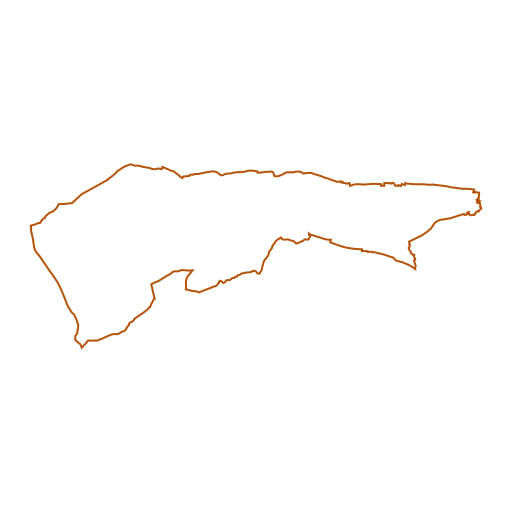 Madaras, Harghita, Romania
{"feature_id": "2599482B49810777823096", "entity_name": "Madaras", "entity_type": "district", "adm_level": 2, "iso_a3": "ROU", "parent_name": "Romania", "parent_adm1": "Harghita", "projection": "mercator", "projection_center": [25.698, 46.477], "detail": "fine", "context": "isolated", "style": "outline", "palette": "amber", "viewbox_px": 512, "rotation_deg": 0, "n_neighbors": 0, "source": "geoboundaries", "source_scale": "gbopen_adm2", "svg_char_len": 6029}
<svg xmlns="http://www.w3.org/2000/svg" viewBox="0 0 512 512"><path d="M81.7,347.7L85.7,343.5L88.2,340.4L90.7,340.8L93.3,340.5L97.9,340.5L99.3,339.5L100.6,339.3L111.4,334.5L113.9,334.1L115.6,334.0L116.8,334.2L118.0,334.0L120.3,332.8L121.3,332.0L124.0,331.1L125.2,330.3L126.0,329.4L126.5,328.1L127.2,327.0L129.0,324.9L129.2,323.4L130.3,322.4L132.2,321.6L133.7,320.4L134.3,319.0L135.7,317.9L143.5,312.6L146.8,310.1L148.5,308.5L149.0,307.5L150.1,307.1L150.3,306.2L150.9,305.3L151.1,304.3L152.8,301.3L153.5,299.6L154.7,298.9L152.6,290.3L152.3,288.5L151.2,284.4L151.7,284.0L153.5,283.2L155.5,282.1L158.5,281.1L162.4,278.5L171.1,273.4L172.0,272.5L174.1,271.3L178.3,271.3L180.9,270.2L185.0,270.2L187.9,270.6L192.6,270.3L188.2,275.7L187.2,277.2L186.6,278.6L185.9,281.3L185.9,283.3L186.1,286.2L186.1,287.7L185.9,288.7L185.8,289.5L189.0,290.1L191.5,290.9L196.2,291.3L198.9,292.4L213.6,286.7L215.8,286.0L216.8,285.4L217.9,283.8L218.2,283.7L218.7,283.1L218.8,282.9L218.7,281.9L218.8,281.8L220.3,280.8L220.8,280.9L220.9,281.2L221.2,281.4L221.8,281.5L223.0,282.9L223.6,282.9L224.0,282.8L224.9,282.1L226.4,280.3L227.9,280.1L229.2,280.1L230.1,279.9L231.3,278.9L231.6,278.5L232.4,278.0L233.8,278.1L234.5,277.8L235.0,276.9L235.5,276.7L236.8,276.7L237.5,275.4L238.5,275.3L240.2,274.5L241.3,273.7L242.6,273.3L246.4,272.5L248.2,272.4L250.9,272.1L251.5,271.9L252.5,270.9L254.0,270.8L255.5,271.2L256.5,272.0L257.4,273.3L257.8,273.5L259.6,273.6L260.2,272.1L261.0,271.3L261.7,269.8L262.8,264.7L263.8,261.7L264.8,259.6L266.0,258.6L267.3,256.5L268.1,255.6L268.9,253.4L268.9,252.5L269.2,251.3L270.4,250.2L272.1,247.7L272.2,247.2L272.1,246.9L272.7,245.8L272.7,245.5L274.6,243.2L275.2,241.9L275.9,241.0L277.4,239.7L280.3,238.0L280.5,237.6L281.2,237.6L281.3,238.1L281.6,238.7L282.6,239.3L284.0,239.7L287.3,239.4L288.3,239.5L290.6,240.4L293.2,240.9L293.9,241.4L295.2,242.6L296.2,243.5L296.8,243.5L302.9,240.9L304.7,239.4L305.5,239.3L307.8,239.7L308.7,239.0L309.6,237.6L310.4,235.5L309.0,234.9L309.0,233.7L309.3,234.0L310.1,234.4L315.0,236.0L323.1,238.5L324.0,239.0L329.8,239.9L330.9,239.8L330.2,242.3L337.2,244.9L344.1,247.1L347.4,247.8L351.6,248.5L357.1,249.1L362.0,249.3L362.0,251.0L367.6,251.2L367.6,251.9L372.3,251.9L372.5,252.2L373.3,252.4L374.8,252.3L375.5,252.4L378.7,253.3L379.3,253.4L384.4,254.7L392.3,257.4L392.9,257.3L395.8,260.4L402.7,262.4L408.2,264.7L410.9,266.1L415.1,268.9L415.0,268.3L415.6,266.5L415.5,265.1L413.9,260.6L414.2,260.2L415.2,259.7L415.3,259.2L415.1,258.6L414.6,258.1L414.1,257.2L414.1,256.3L414.3,255.0L414.2,254.7L412.7,254.8L411.8,254.1L411.3,253.2L410.9,252.5L410.7,251.5L409.9,250.9L409.4,250.1L408.7,248.0L408.9,247.9L408.9,247.3L409.7,246.6L409.6,245.6L409.7,244.8L409.3,244.1L409.7,243.9L409.0,241.7L422.4,235.1L426.6,232.1L430.9,228.7L433.4,224.8L435.4,222.2L439.6,220.0L449.7,218.4L452.1,217.7L462.1,214.5L464.2,214.0L464.5,214.9L465.8,214.8L467.7,214.2L467.2,212.7L468.0,212.3L468.4,212.0L468.8,211.9L468.9,213.8L470.0,215.1L470.8,215.3L472.4,214.7L472.9,214.9L474.1,215.0L475.2,214.0L475.0,213.7L475.9,212.2L476.3,212.0L477.1,211.4L477.5,211.2L477.9,211.5L478.3,211.6L478.8,211.4L478.7,210.9L479.0,210.4L480.6,209.2L481.2,208.6L481.3,208.2L481.1,207.7L480.0,206.8L480.5,205.9L480.3,205.3L480.1,204.2L479.7,202.5L479.5,202.3L478.9,202.4L478.2,203.1L476.9,202.6L477.1,202.1L478.5,201.3L477.6,201.3L476.7,200.0L477.6,199.7L478.7,199.9L478.9,199.9L478.6,199.4L477.8,199.0L477.7,198.8L478.0,198.3L478.9,197.5L478.9,195.3L478.7,195.0L479.1,194.3L479.1,192.7L475.1,192.0L474.9,192.6L473.2,192.4L474.2,189.6L470.8,189.1L465.6,188.7L462.8,188.9L460.7,188.5L453.0,187.5L452.0,187.5L446.2,186.2L432.2,184.5L431.1,184.8L429.3,184.6L428.7,184.8L424.2,184.3L413.7,184.2L406.1,183.5L405.3,183.0L405.1,183.8L404.8,185.1L401.7,183.9L400.9,186.1L398.5,185.1L398.2,186.0L396.8,185.7L395.2,185.7L394.8,185.1L394.4,183.9L393.1,182.8L392.1,183.3L391.5,183.3L391.4,183.5L390.9,183.5L390.8,183.1L389.7,183.1L388.2,183.3L386.8,182.9L384.3,183.1L384.4,184.5L384.1,184.5L384.2,185.8L382.5,185.8L381.1,185.9L381.1,184.2L375.8,183.9L372.6,183.9L364.0,184.5L361.4,184.5L360.1,184.2L355.0,184.3L349.9,185.8L349.5,183.1L347.8,183.3L347.4,183.6L346.6,183.7L346.2,183.3L342.7,182.8L342.6,181.9L341.0,182.3L340.9,181.4L337.3,181.9L332.1,180.1L331.3,179.9L327.9,178.5L324.8,177.6L321.6,176.3L315.7,174.4L315.0,174.3L310.9,172.8L306.7,173.0L303.4,173.5L302.0,172.8L301.2,172.0L300.5,171.7L297.1,171.5L295.8,171.7L292.3,172.4L290.1,172.3L287.0,172.3L285.6,172.7L285.0,173.0L284.5,173.5L281.0,175.2L280.1,175.4L278.7,176.1L277.0,176.3L275.3,176.2L274.5,176.0L274.0,175.6L273.7,173.7L273.5,173.2L272.6,172.0L271.2,171.4L270.6,171.8L265.6,171.8L263.7,172.1L261.2,172.6L260.6,172.5L259.1,172.7L257.6,172.6L257.3,171.7L257.3,171.3L256.0,171.3L254.4,170.8L252.5,170.8L251.4,170.5L248.9,170.7L245.6,171.4L243.6,172.0L242.4,171.8L240.7,172.1L237.5,172.1L232.4,172.9L231.2,173.4L227.2,173.6L224.9,174.1L222.7,175.2L220.9,175.3L217.2,172.4L214.1,171.4L212.3,171.4L205.6,172.4L203.0,173.1L201.0,173.3L198.9,174.0L194.8,174.0L193.8,174.5L192.6,174.8L191.5,174.5L189.6,175.1L189.2,176.0L183.2,176.5L182.4,178.1L179.9,176.5L180.0,176.2L174.3,171.9L173.2,171.2L171.2,170.7L162.4,166.9L161.9,169.0L158.1,168.5L155.5,169.2L152.9,169.1L148.6,167.8L145.3,167.2L143.3,167.0L140.5,166.1L137.6,165.6L134.0,165.6L131.0,164.3L127.5,165.4L123.2,167.3L120.6,169.1L117.6,170.9L115.5,173.3L112.7,175.7L109.1,178.4L107.5,179.9L81.7,194.2L72.0,203.1L64.2,204.0L58.9,204.1L57.6,206.2L56.2,208.5L54.4,210.2L52.6,211.6L50.0,212.6L48.6,213.5L47.6,214.5L45.6,216.1L45.3,216.6L45.2,217.2L45.0,217.4L44.9,218.0L43.7,218.6L43.0,218.8L42.3,219.5L42.1,220.1L41.7,220.3L41.4,220.8L41.2,221.4L39.9,223.1L38.8,222.8L35.5,224.3L30.7,225.7L31.0,226.8L31.2,231.5L32.3,236.0L33.0,239.5L34.0,246.6L34.8,249.6L35.6,251.1L37.4,253.7L38.9,255.2L50.5,272.1L52.7,275.0L57.5,282.2L59.3,285.7L62.1,291.8L65.9,301.1L66.3,302.6L68.1,306.7L71.8,312.5L74.4,315.1L76.3,319.2L78.3,325.3L77.2,333.3L75.3,336.0L75.3,340.0L77.8,342.3L80.0,343.9L81.0,345.5L81.7,347.7Z" fill="none" stroke="#b45309" stroke-width="2"/></svg>